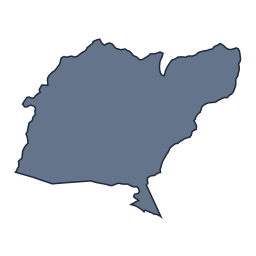 outline of Rio do Campo, Santa Catarina, Brazil
{"feature_id": "56859067B84432632001566", "entity_name": "Rio do Campo", "entity_type": "district", "adm_level": 2, "iso_a3": "BRA", "parent_name": "Brazil", "parent_adm1": "Santa Catarina", "projection": "mercator", "projection_center": [-50.112, -26.91], "detail": "fine", "context": "isolated", "style": "filled", "palette": "slate", "viewbox_px": 256, "rotation_deg": 0, "n_neighbors": 0, "source": "geoboundaries", "source_scale": "gbopen_adm2", "svg_char_len": 2994}
<svg xmlns="http://www.w3.org/2000/svg" viewBox="0 0 256 256"><path d="M39.2,89.8L40.2,92.5L37.9,93.6L35.4,95.9L33.8,98.0L31.5,98.1L29.2,97.1L27.1,97.3L25.9,98.9L24.2,101.3L22.5,104.1L24.6,106.8L27.0,107.0L28.7,105.7L31.2,105.2L34.4,106.4L35.5,108.6L34.9,111.4L35.3,114.5L33.1,117.0L32.1,120.6L29.1,122.8L28.6,125.1L28.0,127.8L27.7,130.8L26.0,133.9L27.2,136.9L27.6,139.8L28.1,143.1L26.5,144.7L24.5,147.2L22.7,151.0L22.3,155.0L21.9,158.2L18.4,161.3L18.8,164.0L18.8,166.7L17.5,168.3L16.8,170.3L15.4,172.2L32.9,177.2L37.5,178.8L52.2,183.8L63.5,182.9L90.5,180.9L96.4,182.5L105.0,184.1L107.6,184.8L110.4,185.6L113.1,185.3L115.6,184.1L118.7,183.2L121.8,183.9L124.0,184.1L125.9,184.1L128.0,184.2L130.0,185.4L132.0,186.4L134.1,186.9L137.0,186.8L138.5,188.7L139.5,191.7L137.7,193.7L134.4,194.3L133.7,196.9L135.5,198.4L137.3,199.3L138.7,200.7L136.2,201.5L134.2,202.8L131.0,204.5L133.2,205.2L135.3,205.8L137.4,206.8L140.0,208.5L141.8,209.7L144.0,211.8L145.2,210.2L147.5,211.1L149.6,212.1L152.0,212.9L153.9,214.1L156.6,214.4L159.2,215.5L161.0,216.8L146.4,185.2L147.9,182.9L147.3,180.8L147.7,177.6L150.7,175.9L154.0,175.5L156.2,174.3L157.9,173.0L160.5,172.5L160.1,169.6L161.2,166.0L161.9,163.5L162.6,161.4L163.7,159.4L165.1,157.0L166.6,154.3L167.9,152.6L168.8,150.7L169.9,148.2L171.8,146.4L173.4,145.1L175.2,143.8L177.9,143.3L179.6,141.7L182.0,140.4L184.2,138.9L187.0,137.7L189.7,137.3L191.3,135.1L192.0,132.0L193.5,130.5L196.2,129.5L196.6,126.2L195.2,122.9L193.9,120.6L195.4,119.1L195.7,116.9L197.7,114.2L200.2,112.2L201.1,109.3L201.9,106.8L203.5,105.2L206.2,103.7L208.3,102.9L210.3,102.6L212.3,102.5L215.6,102.1L218.1,100.4L221.6,98.8L224.3,97.5L227.3,97.7L229.2,95.5L231.8,93.8L233.6,91.3L234.5,88.9L235.4,86.3L235.8,84.2L235.8,81.9L235.8,79.1L237.8,75.9L238.4,72.7L239.2,69.8L239.2,66.6L238.6,64.0L240.1,61.4L240.6,59.0L240.2,56.4L239.9,53.7L239.3,50.8L238.3,48.9L236.4,47.9L233.6,48.8L231.1,49.5L228.6,49.4L226.1,48.0L223.9,45.9L221.8,44.4L220.0,43.5L218.3,44.9L216.0,45.8L213.8,47.0L212.6,48.9L210.1,49.4L207.3,50.4L204.1,50.9L201.1,51.6L198.2,52.6L195.7,54.9L192.4,56.1L190.0,56.0L187.7,56.2L185.8,57.3L183.9,57.0L181.8,56.9L178.0,57.0L176.0,58.4L173.9,59.4L171.8,60.1L169.9,62.7L168.1,65.6L166.8,67.9L165.5,70.6L164.9,73.5L164.1,75.7L162.0,75.2L160.4,72.8L159.6,69.3L159.5,65.6L159.9,62.3L160.4,60.1L161.8,57.6L163.0,53.3L160.0,52.0L157.0,53.1L155.0,53.8L152.8,53.8L150.6,53.8L147.6,56.4L144.3,58.3L142.3,59.5L139.9,59.9L138.0,58.2L136.3,56.8L133.6,55.8L131.8,53.6L129.6,51.3L127.3,50.5L125.2,49.0L122.7,49.4L120.2,49.7L118.1,48.9L116.0,48.5L114.2,46.3L111.8,43.7L109.1,43.0L107.1,43.6L104.3,45.1L102.6,43.9L101.1,41.8L99.7,39.2L96.5,40.0L93.1,41.5L92.4,43.5L90.4,45.1L87.1,47.7L85.8,50.4L83.6,51.7L80.7,53.5L78.9,55.1L76.8,56.5L74.3,57.1L71.8,56.1L68.9,56.6L66.7,57.2L63.8,56.5L61.1,58.1L60.4,61.4L59.6,64.3L58.1,66.2L56.4,68.6L54.7,70.7L52.2,72.3L49.3,75.2L47.8,77.7L47.4,80.0L47.8,83.1L47.8,85.3L44.9,85.2L41.9,85.0L40.6,87.1L39.2,89.8Z" fill="#64748b" stroke="#1e293b" stroke-width="1.5"/></svg>